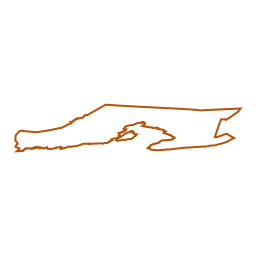 Evenes nor, Nordland, Norway
{"feature_id": "86288312B82996278706743", "entity_name": "Evenes nor", "entity_type": "district", "adm_level": 2, "iso_a3": "NOR", "parent_name": "Norway", "parent_adm1": "Nordland", "projection": "natural_earth1", "projection_center": [16.89, 68.51], "detail": "fine", "context": "isolated", "style": "outline", "palette": "amber", "viewbox_px": 256, "rotation_deg": 0, "n_neighbors": 0, "source": "geoboundaries", "source_scale": "gbopen_adm2", "svg_char_len": 5724}
<svg xmlns="http://www.w3.org/2000/svg" viewBox="0 0 256 256"><path d="M16.8,151.3L17.4,151.3L18.1,151.0L19.8,151.1L20.3,150.9L21.0,151.1L22.1,150.7L22.3,150.8L22.0,150.9L22.1,151.0L23.4,150.8L23.4,150.6L24.0,150.4L23.7,150.4L23.5,150.0L24.3,149.5L24.4,149.2L24.7,149.0L25.8,148.5L25.7,148.5L25.7,148.4L26.6,148.3L26.8,148.4L26.7,148.6L27.7,148.3L28.0,148.4L28.0,148.5L28.5,148.5L28.4,148.3L28.6,148.2L29.3,148.2L30.3,148.3L31.1,148.7L31.5,148.7L31.3,148.9L31.5,149.0L33.7,148.5L33.4,148.4L33.5,148.0L34.1,148.1L34.3,148.0L34.1,148.1L33.7,147.9L34.2,147.8L33.9,147.8L34.1,147.5L34.6,147.2L36.4,147.1L36.2,147.5L36.9,147.6L37.3,147.3L37.3,147.0L37.8,146.8L39.0,147.3L38.7,147.8L38.9,148.2L39.2,148.1L39.6,148.2L39.7,148.3L40.3,148.3L40.6,147.8L40.8,147.5L42.1,147.8L42.2,148.1L43.7,148.5L43.8,148.3L43.6,148.2L45.1,148.0L45.4,147.7L46.8,147.6L47.1,147.4L47.1,148.2L47.7,148.9L49.5,148.8L50.2,149.2L51.1,148.8L52.0,148.7L52.6,148.8L53.1,148.8L55.0,148.1L55.9,148.5L56.3,148.3L55.8,148.4L55.2,148.0L55.6,147.7L56.5,147.4L58.1,147.5L60.7,146.9L61.8,147.3L61.7,147.6L60.8,148.5L60.0,149.2L61.5,148.8L62.9,148.6L65.0,147.8L65.6,147.8L68.7,146.6L68.9,146.7L69.1,146.5L69.8,146.5L71.0,146.8L74.1,146.2L76.8,146.0L79.7,145.0L79.6,144.9L79.9,145.1L80.7,144.9L82.0,144.1L84.5,143.7L86.1,143.7L87.2,143.8L88.9,143.5L89.9,143.7L89.8,143.9L91.1,143.7L92.2,143.9L92.5,143.7L94.2,143.5L96.1,143.7L97.1,143.5L98.9,143.4L102.9,143.4L103.6,143.6L104.0,143.2L104.6,143.0L107.3,143.1L108.2,142.3L109.4,142.0L109.5,141.9L109.3,141.7L109.5,141.6L110.9,141.3L110.7,141.3L110.9,141.2L110.5,141.2L110.6,140.9L110.8,140.7L111.3,140.6L110.8,140.4L111.5,139.9L111.3,139.5L111.7,139.2L114.6,138.4L116.2,138.2L116.3,138.3L118.5,137.1L119.2,136.2L119.4,135.7L119.0,135.7L118.8,135.6L119.7,134.0L119.6,133.8L119.9,133.2L117.7,133.2L118.1,133.0L120.0,132.8L121.9,132.3L122.0,132.1L121.9,131.9L121.6,132.0L121.6,131.8L122.0,131.7L123.1,131.8L124.2,131.3L124.6,130.9L125.7,130.3L125.8,129.8L126.0,129.7L124.8,129.7L125.0,129.4L125.7,129.1L125.3,129.0L124.5,129.2L123.9,129.1L122.9,129.1L123.5,128.9L123.8,128.5L124.7,127.9L125.0,127.2L125.6,126.9L125.6,126.6L125.9,126.2L126.2,126.1L130.5,125.2L133.4,124.9L133.8,124.5L135.0,124.2L137.6,123.0L139.6,122.7L140.5,122.8L140.4,122.7L142.0,122.1L142.6,122.0L144.5,122.5L144.9,122.8L144.6,123.1L144.2,123.1L144.7,123.4L144.5,123.6L144.2,123.7L143.9,124.0L143.4,123.9L143.8,124.1L144.4,124.6L143.1,125.5L143.3,126.0L142.9,126.1L144.5,126.6L146.0,126.4L146.7,126.7L148.6,127.0L148.8,127.1L148.7,127.2L150.1,127.3L150.5,127.5L151.4,127.4L152.3,127.5L153.0,128.1L153.7,128.1L154.4,127.8L155.8,127.8L156.0,127.9L157.3,127.6L157.8,127.7L158.7,128.6L158.1,129.1L159.3,129.4L160.1,129.3L162.0,129.5L163.7,130.0L163.6,130.3L164.1,130.6L163.8,130.8L163.6,131.1L164.5,131.3L163.9,131.5L164.2,131.4L164.3,131.6L164.1,131.7L163.5,131.7L164.1,131.7L163.9,131.8L164.0,131.9L164.4,131.8L164.7,131.5L165.0,131.5L164.1,132.3L164.4,132.9L164.3,133.0L164.8,133.0L164.7,133.2L164.8,133.2L165.4,133.1L165.9,133.3L166.1,133.5L165.9,133.7L166.9,134.2L167.6,134.1L168.9,134.6L169.3,135.2L171.2,135.2L171.6,136.2L173.8,137.0L173.9,137.3L173.6,137.4L173.9,137.8L173.7,137.8L174.0,137.8L173.9,137.9L173.4,137.9L173.9,138.0L173.7,138.4L173.1,138.6L173.4,138.8L173.3,139.1L169.9,140.1L169.0,139.8L167.9,140.1L166.3,140.0L165.2,140.4L163.1,140.3L162.7,140.5L161.1,140.7L160.6,141.0L160.3,141.4L159.8,141.6L159.8,141.9L159.4,142.2L159.4,142.4L159.1,142.7L158.1,142.7L156.8,143.3L155.9,143.4L154.9,143.9L154.0,143.7L152.6,144.5L152.4,144.4L152.2,144.4L152.4,144.5L151.8,144.7L151.3,144.6L151.4,144.4L151.2,144.6L151.7,144.8L151.3,145.2L150.6,145.5L150.3,146.1L148.8,147.0L148.6,147.2L148.7,147.3L148.1,148.0L147.6,148.2L147.7,148.4L148.5,148.2L148.9,148.3L149.0,148.3L148.9,148.4L149.4,148.5L150.3,149.4L150.8,149.6L153.3,149.9L157.9,150.3L159.8,150.0L160.8,150.1L165.5,149.7L167.4,149.3L168.8,149.5L170.6,149.4L170.8,149.3L175.6,148.7L185.8,147.6L190.8,147.4L203.3,146.5L204.2,146.7L205.2,146.7L209.1,145.8L213.1,145.4L215.0,145.4L219.8,143.9L223.4,143.1L228.3,141.2L229.7,140.2L234.1,138.0L231.7,136.8L226.6,133.7L216.7,137.2L214.8,137.1L218.9,125.2L221.1,119.3L221.5,119.5L225.1,119.2L225.2,119.3L225.2,119.5L225.3,119.7L225.8,119.9L229.4,117.8L238.0,111.7L240.6,108.5L203.4,110.2L202.4,110.4L199.9,110.4L197.2,109.9L181.9,108.9L127.3,106.1L105.6,104.7L87.2,115.1L85.4,114.9L85.1,115.2L85.1,115.5L84.3,115.8L83.6,116.4L83.6,116.9L83.1,117.5L82.2,117.8L79.3,118.1L79.0,118.6L78.7,118.7L77.6,118.7L77.5,118.4L76.6,118.4L76.7,118.8L76.9,118.8L76.7,119.2L76.4,119.3L75.9,119.2L75.5,119.6L74.8,119.7L74.7,120.1L74.0,120.3L74.2,120.6L73.9,121.0L73.2,120.9L73.0,121.1L73.2,121.4L72.9,121.6L71.8,121.9L70.7,121.9L70.9,122.2L71.4,122.1L71.3,122.4L70.8,122.3L71.3,122.7L71.4,123.0L71.1,123.1L71.1,123.5L69.0,123.8L68.4,124.3L67.5,124.6L67.6,124.9L61.8,127.7L48.6,130.4L37.3,132.1L35.6,132.1L22.6,131.0L22.4,130.6L19.7,131.1L18.8,131.9L15.7,135.3L15.5,136.5L15.4,140.7L16.9,142.3L17.3,143.2L17.7,143.7L17.5,144.3L16.7,144.8L16.2,145.3L15.5,146.7L19.5,148.5L19.4,148.9L18.6,149.5L17.6,150.7L16.8,151.3ZM132.8,131.0L131.7,130.9L130.2,131.6L130.1,132.0L129.8,132.2L127.8,132.4L127.3,132.8L125.7,133.4L123.7,134.7L123.2,135.2L121.3,136.3L121.0,136.7L119.4,137.5L117.3,138.8L116.1,140.2L116.1,140.4L117.8,140.8L123.6,139.7L124.9,140.1L126.6,139.7L127.2,139.2L128.6,139.0L131.1,139.1L131.5,139.0L131.7,138.7L133.2,137.7L133.7,136.9L134.3,136.4L135.8,136.0L135.7,136.0L135.8,135.8L135.5,135.7L135.4,135.5L135.8,135.0L135.6,134.8L135.7,134.7L135.7,134.4L136.1,134.2L134.3,134.0L133.9,133.6L133.9,133.2L133.1,132.9L133.6,132.5L133.3,132.3L133.6,131.9L133.5,131.7L133.9,131.6L132.1,131.7L132.9,131.2L132.8,131.0Z" fill="none" stroke="#b45309" stroke-width="2"/></svg>